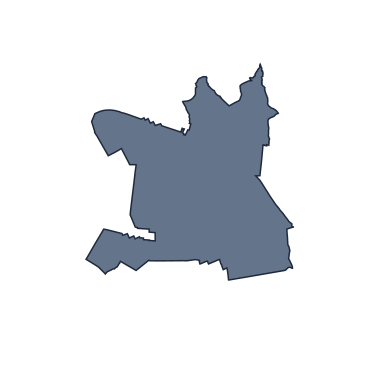 the district of San Juan Atenco, Puebla, Mexico, rotated 148°
{"feature_id": "50627088B89764628782430", "entity_name": "San Juan Atenco", "entity_type": "district", "adm_level": 2, "iso_a3": "MEX", "parent_name": "Mexico", "parent_adm1": "Puebla", "projection": "mercator", "projection_center": [-97.57, 19.047], "detail": "fine", "context": "isolated", "style": "filled", "palette": "slate", "viewbox_px": 384, "rotation_deg": 148, "n_neighbors": 0, "source": "geoboundaries", "source_scale": "gbopen_adm2", "svg_char_len": 5885}
<svg xmlns="http://www.w3.org/2000/svg" viewBox="0 0 384 384"><g transform="rotate(148 192 192)"><path d="M154.8,76.3L153.5,76.2L153.0,76.3L152.0,76.7L151.1,76.8L150.7,76.9L149.8,76.8L149.1,76.4L148.7,76.1L147.9,75.0L147.5,74.2L147.2,74.1L146.9,74.6L146.5,75.6L146.1,77.0L145.4,83.2L145.2,84.7L144.8,85.0L144.6,85.3L144.2,85.7L141.4,89.1L140.6,89.8L140.4,90.3L140.0,90.6L139.5,92.2L139.1,93.3L138.6,95.2L138.7,95.6L138.8,96.1L137.9,98.0L137.5,98.5L137.0,99.6L136.0,101.3L134.5,104.1L134.2,104.6L133.7,105.8L131.2,110.3L126.3,109.1L124.1,108.3L125.8,109.6L124.2,112.0L125.5,115.7L125.5,117.7L125.9,121.2L126.2,125.6L126.9,129.5L127.0,132.2L127.7,137.3L128.0,145.4L128.1,148.7L128.0,150.0L128.1,153.9L128.1,162.2L128.2,165.5L128.3,166.4L128.5,167.6L129.4,171.9L125.8,169.8L116.8,181.2L106.9,194.2L105.6,192.9L105.5,193.2L104.2,191.6L103.5,192.5L102.1,191.0L101.5,191.9L100.5,193.0L100.3,193.3L100.4,193.6L100.1,194.2L99.0,195.0L98.6,195.4L98.1,196.0L98.0,196.5L98.1,197.1L97.7,197.8L97.7,198.8L96.8,200.1L96.3,200.7L95.1,202.8L92.8,205.8L92.6,206.9L92.0,207.8L91.7,208.8L91.3,209.7L89.9,212.1L89.5,212.6L89.0,212.8L88.5,213.3L88.1,213.2L87.6,213.4L85.7,213.3L83.7,212.9L83.0,212.8L81.1,212.9L80.6,213.3L79.3,213.4L77.3,213.0L77.0,212.5L77.3,215.5L77.7,217.3L78.1,217.7L78.4,218.7L78.9,219.6L80.0,221.0L80.2,221.3L80.7,222.7L80.9,223.1L81.4,224.7L81.4,225.2L81.2,226.3L80.8,227.3L80.6,227.7L79.9,228.3L79.6,228.9L78.9,230.0L78.7,230.6L78.4,231.1L78.0,231.8L77.9,233.2L77.6,233.8L77.5,235.4L77.3,235.9L77.2,236.5L76.9,237.7L76.6,238.4L76.6,239.2L76.4,239.7L75.9,240.2L76.0,240.8L75.6,241.3L75.1,241.6L74.9,241.9L75.1,242.3L75.1,243.3L75.5,244.0L75.6,244.3L75.7,245.7L75.9,246.2L75.8,246.5L75.4,246.7L75.0,247.1L75.1,247.5L75.0,247.8L74.6,247.8L74.4,248.0L74.5,248.6L74.1,249.2L73.8,249.3L73.5,249.3L73.3,250.0L73.1,250.0L72.7,250.7L72.5,251.2L72.5,252.2L72.1,252.6L71.0,252.7L70.5,252.7L70.3,253.1L70.2,253.6L69.6,254.0L69.3,254.9L69.2,255.0L68.7,255.2L68.8,255.8L68.5,256.4L68.2,256.8L68.1,257.1L68.0,257.4L68.1,257.6L68.1,257.9L68.2,258.1L68.6,258.0L68.5,258.5L68.4,258.7L68.1,259.1L67.6,259.5L67.3,259.9L67.1,260.8L67.1,261.4L67.0,262.0L66.9,262.5L66.6,263.3L66.5,264.2L67.6,263.4L68.0,262.5L68.2,261.7L68.5,261.5L70.0,261.5L70.5,261.2L71.4,260.9L71.8,260.7L72.3,260.0L73.3,260.0L73.7,259.6L74.3,259.4L74.8,259.1L75.7,258.7L76.0,258.5L76.4,258.1L76.7,257.2L77.1,257.0L77.6,257.2L78.4,257.1L78.8,256.9L79.0,256.6L79.5,256.6L80.0,256.6L80.4,256.8L81.2,257.4L82.0,258.2L82.8,258.0L82.9,256.7L82.8,255.9L82.2,255.0L82.6,254.7L83.7,255.7L85.9,256.3L87.1,256.4L88.7,256.7L91.8,257.0L92.4,257.0L93.8,256.9L94.4,256.7L94.7,256.5L95.1,256.5L95.3,255.9L96.3,254.2L96.5,253.3L96.9,252.6L97.5,251.6L97.5,251.0L97.9,249.2L98.5,248.4L98.7,247.9L101.3,246.0L102.5,244.9L103.4,244.6L104.4,244.6L108.0,245.0L114.9,245.4L116.2,250.2L116.8,252.7L117.6,256.0L117.7,256.6L117.4,256.7L117.4,257.0L117.8,257.5L117.9,257.8L117.8,258.0L117.5,258.1L117.5,258.3L118.5,259.6L119.0,260.4L119.6,262.1L119.5,262.3L119.7,262.6L119.6,265.0L119.4,265.9L119.5,266.4L120.0,266.9L120.0,267.1L120.4,267.7L120.5,268.4L120.8,269.0L121.0,269.4L121.2,271.1L121.4,272.0L121.6,272.1L121.5,272.3L121.4,272.3L121.4,272.7L121.6,272.9L121.8,273.7L121.7,274.6L121.5,274.9L121.1,274.9L121.0,275.2L121.0,275.5L121.2,276.1L121.2,277.4L120.9,278.1L120.7,278.2L120.5,278.8L120.3,279.4L119.8,280.0L119.0,280.8L118.9,281.1L118.8,281.6L119.0,282.4L119.9,282.6L120.8,283.6L122.0,284.0L124.2,284.2L125.4,284.5L126.4,284.4L127.6,283.9L129.6,282.6L130.9,282.1L131.5,282.1L131.6,281.2L131.8,280.8L131.8,280.5L132.1,280.1L132.1,278.9L132.3,278.6L133.9,278.3L134.1,278.1L134.2,277.9L134.3,277.6L134.9,276.9L135.0,276.6L135.6,275.6L135.9,275.3L136.0,275.1L136.4,274.5L136.7,273.8L137.2,273.2L138.4,272.4L138.7,272.1L139.0,272.1L139.6,271.8L140.6,271.6L141.2,271.2L144.3,270.9L146.7,271.3L147.6,271.6L149.9,272.6L150.7,273.1L151.9,273.6L152.2,272.4L152.2,270.7L152.3,269.0L152.2,268.5L152.3,267.2L153.1,265.1L153.1,263.5L153.4,261.3L153.2,260.2L153.3,258.7L153.9,258.0L154.4,257.7L155.2,255.3L155.8,254.4L156.4,253.9L156.9,252.4L157.3,252.0L157.9,251.6L156.9,250.4L161.7,246.0L162.6,246.9L167.5,243.8L168.7,245.1L168.0,245.7L168.6,247.3L165.1,249.5L166.1,250.5L166.7,250.3L166.7,251.1L167.9,250.3L169.7,248.7L182.3,263.9L182.6,264.2L182.4,266.5L187.9,267.9L187.6,272.1L190.8,272.5L190.4,277.5L193.6,277.7L193.4,280.3L196.5,280.7L205.2,291.7L207.9,294.9L209.4,296.3L211.2,298.8L213.0,300.6L213.8,301.5L215.0,302.6L217.6,304.7L221.0,306.7L223.7,308.0L227.0,309.0L228.6,309.3L232.8,309.9L239.8,304.9L242.5,294.6L243.0,294.2L243.0,291.3L242.9,290.0L243.8,267.1L234.5,266.4L228.8,266.2L229.1,263.2L230.1,250.5L230.4,248.3L229.8,247.8L225.0,244.8L225.2,244.3L229.2,239.6L235.7,231.4L248.0,216.2L254.9,207.6L256.5,205.5L258.6,192.9L258.7,192.4L257.1,190.6L257.4,190.0L248.0,183.2L249.6,180.7L244.8,177.1L249.1,170.0L254.0,173.6L253.7,173.9L258.4,177.3L257.6,178.7L260.2,180.6L260.5,180.7L260.3,181.9L265.1,182.4L264.7,185.6L269.5,186.2L268.9,190.9L273.6,192.0L273.4,193.9L283.0,203.9L285.0,205.9L286.5,207.3L288.0,206.5L301.4,199.6L314.7,192.5L317.5,191.1L312.1,180.2L311.0,177.6L309.1,169.5L309.0,168.4L306.4,169.2L304.7,169.1L302.0,168.7L300.2,168.7L299.7,168.7L298.8,168.0L298.6,167.9L298.4,167.9L297.1,168.3L296.6,168.3L295.4,168.2L295.0,168.2L294.4,168.5L294.2,168.7L293.5,168.9L292.5,169.6L291.9,169.8L291.3,169.8L290.3,170.6L289.4,171.1L281.0,155.1L264.7,157.0L264.7,156.7L264.2,156.0L255.2,150.3L235.0,137.9L234.4,137.4L232.4,136.2L226.1,133.4L224.9,132.8L223.1,131.3L222.1,130.2L222.0,129.8L222.3,129.7L222.7,129.0L223.0,128.3L223.0,127.9L223.4,127.2L223.4,126.7L216.1,125.5L215.6,125.1L216.1,122.2L210.5,121.3L210.0,121.2L206.0,120.6L204.4,120.2L205.6,115.9L205.5,115.2L206.0,112.8L206.7,109.6L202.7,109.1L203.2,107.5L205.2,103.0L207.6,98.1L207.3,97.8L194.6,92.6L193.7,92.2L154.8,76.3Z" fill="#64748b" stroke="#1e293b" stroke-width="1.5"/></g></svg>